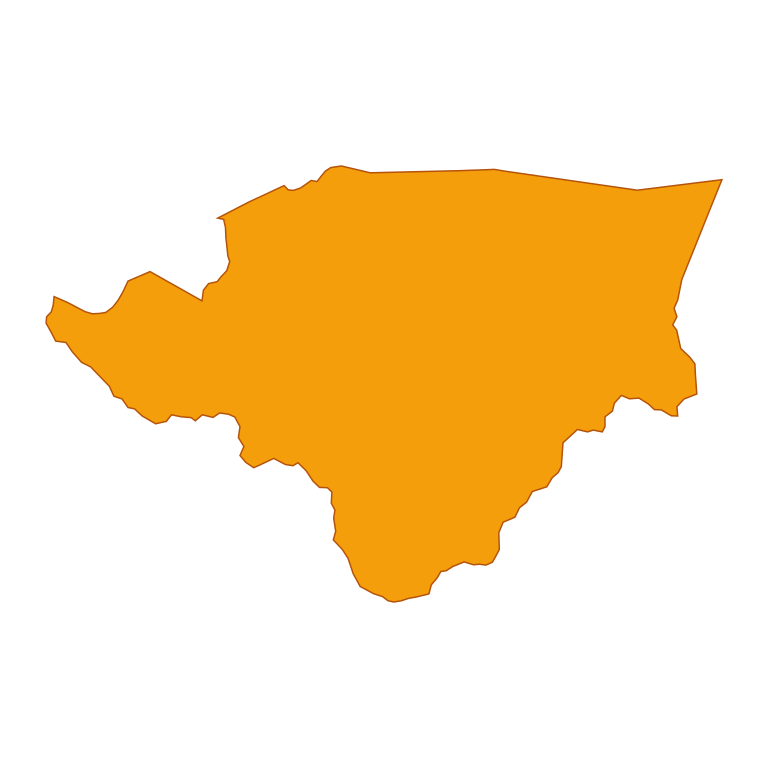 Betânia do Piauí, Piauí, Brazil (Robinson projection)
{"feature_id": "56859067B13783160921542", "entity_name": "Betânia do Piauí", "entity_type": "district", "adm_level": 2, "iso_a3": "BRA", "parent_name": "Brazil", "parent_adm1": "Piauí", "projection": "robinson", "projection_center": [-40.777, -8.134], "detail": "fine", "context": "isolated", "style": "filled", "palette": "amber", "viewbox_px": 768, "rotation_deg": 0, "n_neighbors": 0, "source": "geoboundaries", "source_scale": "gbopen_adm2", "svg_char_len": 2097}
<svg xmlns="http://www.w3.org/2000/svg" viewBox="0 0 768 768"><path d="M393.8,602.0L401.2,600.8L408.8,598.3L416.3,597.0L428.9,593.9L431.3,584.8L437.3,577.7L440.8,571.5L446.3,570.7L452.6,566.6L464.1,561.9L473.6,564.8L479.4,564.2L485.9,565.1L492.4,562.2L495.7,556.4L499.3,549.5L498.8,532.7L503.1,522.2L514.9,517.2L519.5,507.7L526.6,502.1L532.3,491.5L546.8,486.8L552.3,477.6L558.1,472.6L561.3,466.7L563.0,442.8L577.4,429.5L587.6,431.9L593.2,430.1L602.3,431.9L605.0,426.6L605.0,416.8L612.4,411.1L614.4,403.1L621.4,395.4L629.4,398.8L639.0,398.1L648.4,404.0L654.4,409.6L661.3,409.9L671.3,415.8L677.7,416.0L676.9,406.7L684.0,399.0L696.8,394.0L695.4,374.6L694.9,363.9L689.8,357.2L685.4,353.0L680.7,348.5L676.7,330.2L672.7,324.9L676.9,316.8L674.1,308.2L677.7,300.1L681.8,279.5L693.5,250.4L710.5,208.0L713.7,200.1L721.9,179.7L696.8,182.8L637.3,190.2L505.1,171.2L494.4,169.4L479.3,170.0L467.4,170.4L459.2,170.7L445.8,171.0L370.3,172.8L341.4,166.0L335.9,166.8L330.7,167.6L325.3,171.2L321.2,176.2L317.1,181.5L311.1,180.5L305.9,184.3L300.5,188.0L293.3,190.4L288.1,189.8L284.1,185.6L248.9,202.0L217.7,218.1L223.7,219.4L225.5,227.7L225.9,237.7L227.1,248.5L227.8,255.7L229.7,261.6L226.7,270.8L221.0,276.8L217.1,281.7L208.6,283.6L203.4,290.2L202.0,300.9L150.0,271.6L128.0,281.1L122.9,292.0L118.1,300.3L112.7,307.2L105.9,312.4L99.9,313.4L92.5,313.8L84.9,311.6L68.0,302.7L54.1,296.6L53.2,305.3L51.3,311.8L46.6,316.8L46.1,323.1L51.5,332.9L55.7,341.1L66.0,342.5L72.3,351.8L81.6,362.4L90.6,366.8L109.4,386.3L113.9,396.2L122.1,399.0L128.0,407.5L134.6,408.9L142.2,416.0L155.7,423.8L160.8,422.6L166.3,421.4L171.5,414.8L181.3,416.8L191.2,417.6L195.3,420.8L202.3,414.8L213.0,417.4L219.6,413.0L228.5,414.2L234.8,417.0L240.0,426.6L238.4,437.6L243.9,446.5L240.0,455.5L245.8,462.4L253.7,467.7L258.7,465.5L273.7,458.4L285.4,464.5L293.0,465.7L298.0,462.7L306.1,470.7L312.9,481.0L319.5,487.4L327.4,487.7L331.9,492.1L331.3,503.2L334.9,510.1L333.7,518.2L335.7,531.3L333.3,539.9L342.2,549.3L348.0,558.2L353.2,573.7L360.2,586.5L373.6,593.7L382.7,596.7L387.9,600.7L393.8,602.0Z" fill="#f59e0b" stroke="#b45309" stroke-width="1.5"/></svg>